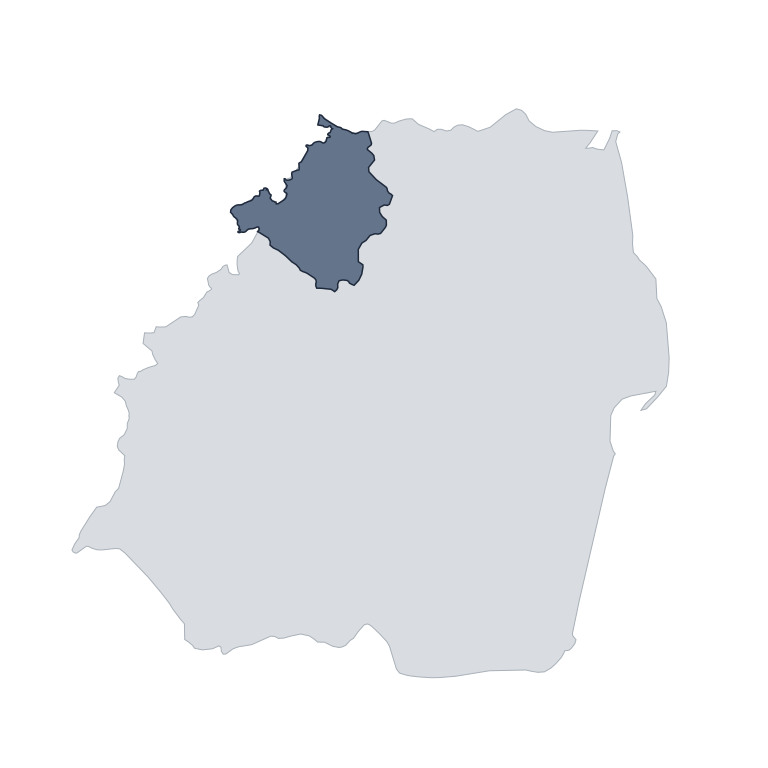 location of Lower Silesian within Poland, rotated 100°
{"feature_id": "POL-3141", "entity_name": "Lower Silesian", "entity_type": "Voivodeship", "adm_level": 1, "iso_a3": "POL", "parent_name": "Poland", "parent_adm1": "", "projection": "mercator", "projection_center": [16.102, 50.931], "detail": "fine", "context": "in_parent", "style": "filled", "palette": "slate", "viewbox_px": 768, "rotation_deg": 100, "n_neighbors": 0, "source": "natural_earth", "source_scale": "10m", "svg_char_len": 7314}
<svg xmlns="http://www.w3.org/2000/svg" viewBox="0 0 768 768"><g transform="rotate(100 384 384)"><path d="M648.5,432.2L651.7,438.7L652.9,443.8L651.6,447.8L652.0,451.8L663.7,469.1L668.1,481.7L670.9,486.6L677.4,492.9L678.0,495.5L675.4,497.8L671.6,498.8L670.5,501.0L674.5,506.9L677.4,516.7L677.1,524.7L674.9,526.8L672.1,531.5L670.2,535.9L654.8,538.9L651.1,543.5L642.7,552.5L636.9,557.7L628.4,567.0L615.0,582.9L595.5,609.6L592.2,615.7L592.8,620.7L596.3,632.5L597.1,637.8L596.5,642.7L595.3,647.0L595.5,649.0L603.8,657.1L604.1,658.8L603.4,660.9L601.6,662.5L595.2,660.8L588.1,657.5L585.7,657.9L581.8,657.1L565.8,650.6L555.1,645.5L554.0,642.2L552.0,637.4L547.4,633.4L536.9,630.0L532.7,627.2L515.6,625.7L508.2,625.6L503.0,626.8L499.7,626.7L495.0,633.8L491.9,635.8L487.2,636.0L483.2,634.8L479.0,631.0L472.3,629.1L467.5,630.0L464.0,629.2L460.9,629.0L459.9,629.8L457.4,629.7L453.9,631.4L450.0,634.0L445.7,635.9L442.4,640.0L439.4,648.1L431.1,644.5L428.3,646.0L424.4,647.1L421.7,646.0L422.3,643.2L423.5,640.1L423.5,635.7L422.7,630.8L420.1,629.3L416.2,628.7L414.2,627.7L414.0,626.1L412.0,624.0L408.6,618.8L405.4,612.3L403.1,610.4L399.9,613.5L394.9,617.0L391.8,618.2L385.9,628.3L375.2,628.7L374.6,623.9L373.4,619.4L367.2,618.3L367.0,615.6L365.7,608.9L353.2,595.8L351.7,590.3L352.2,588.2L351.3,584.7L348.6,582.6L338.7,580.1L336.1,581.5L333.9,580.0L330.3,576.9L324.0,574.3L323.3,573.0L321.1,570.7L319.8,570.4L319.0,571.8L317.2,573.7L310.8,576.2L308.2,575.2L305.9,573.0L303.2,568.4L299.4,564.4L296.2,563.0L294.4,560.8L294.0,559.2L301.0,555.9L302.6,552.4L301.7,546.2L300.6,545.4L297.8,547.5L291.9,549.4L286.5,550.2L283.7,550.2L268.2,538.8L258.1,535.3L252.1,534.3L251.5,535.5L254.2,541.9L258.8,549.8L258.6,551.9L249.9,556.5L246.2,559.2L243.0,563.0L240.3,564.7L237.9,564.3L235.4,562.4L229.0,550.8L220.9,541.9L220.0,539.9L217.4,539.4L213.9,537.4L212.7,534.6L214.5,531.7L216.9,529.1L221.3,527.5L222.6,526.0L223.4,523.7L225.0,520.7L224.6,519.7L221.5,516.3L216.9,513.1L204.2,515.5L200.7,517.2L198.7,515.0L197.2,511.7L194.0,511.1L189.6,508.2L184.4,505.3L179.3,504.4L168.7,500.2L164.6,500.0L162.2,498.6L159.8,495.4L157.7,491.9L156.6,484.9L148.8,481.6L141.0,479.6L140.4,480.7L140.7,487.8L140.3,491.6L135.2,493.9L130.1,494.2L130.4,493.0L136.5,480.2L139.2,472.1L142.3,457.2L138.6,445.5L137.5,440.0L135.8,437.4L125.1,431.6L124.3,429.6L125.9,421.8L125.1,418.6L122.6,415.1L119.2,408.2L117.9,402.3L122.2,395.4L125.1,383.3L126.8,378.5L123.9,375.7L123.2,371.9L124.0,366.4L122.5,362.3L118.7,359.6L116.2,356.1L115.1,351.7L116.0,344.8L118.9,335.4L112.7,324.0L97.4,310.7L90.0,301.4L90.6,296.0L93.8,291.2L99.7,286.8L104.1,279.1L106.6,269.9L106.8,261.6L100.0,234.6L98.9,227.8L97.7,217.4L111.1,223.1L116.8,226.4L116.1,222.8L114.9,219.6L115.7,215.0L115.3,208.1L103.1,204.5L95.0,203.3L94.1,198.5L94.9,195.4L97.1,197.2L105.0,197.9L124.6,188.5L158.3,176.3L194.4,164.8L202.8,163.6L211.3,161.2L214.4,156.8L217.5,154.0L222.4,146.3L233.3,134.5L252.5,130.1L259.6,124.5L274.7,116.6L308.9,107.7L323.2,105.7L337.2,105.5L349.7,112.5L362.9,121.2L365.3,126.4L358.1,123.1L347.7,115.4L343.9,115.0L352.8,138.6L357.6,146.9L367.5,153.2L375.7,155.2L401.1,151.5L410.1,146.6L412.7,144.1L415.1,145.3L448.3,148.0L563.8,154.1L597.0,155.1L599.1,154.4L602.5,150.5L606.6,151.0L611.5,153.5L613.8,155.3L614.7,157.4L615.3,159.8L618.0,160.2L622.9,162.1L629.5,166.2L634.7,170.2L639.6,176.0L641.2,182.4L641.3,189.8L641.0,194.5L648.1,230.4L659.4,262.8L663.5,278.5L665.1,286.8L666.4,298.8L666.9,307.2L666.8,311.9L666.0,318.4L662.6,322.2L641.1,333.2L637.1,336.6L630.7,345.1L624.9,353.8L623.5,356.8L623.2,358.8L624.5,361.6L632.1,366.3L639.9,370.0L642.4,372.8L648.1,376.4L650.2,379.6L651.3,382.4L651.2,388.9L648.6,397.8L649.7,404.5L647.1,409.0L645.0,413.9L644.7,422.6L648.5,432.2Z" fill="#d9dde1" stroke="#a8b0b8" stroke-width="1"/><path d="M147.7,482.8L146.9,482.3L146.2,481.7L145.7,480.7L142.7,480.1L141.6,479.0L141.4,479.8L141.1,480.2L140.3,480.9L139.9,480.9L139.6,481.1L139.3,481.3L139.0,481.7L139.3,482.7L140.2,483.5L141.1,484.8L141.2,487.5L141.0,488.0L140.4,488.6L140.3,489.0L140.2,489.5L140.3,489.8L140.3,490.1L140.4,493.3L140.3,494.2L133.5,493.7L131.4,494.3L130.2,494.2L130.2,492.5L131.0,491.1L133.1,488.8L136.1,481.7L138.7,475.0L138.9,473.9L138.9,472.1L139.0,471.2L139.3,470.5L139.8,470.1L140.2,469.5L140.3,468.3L140.3,465.9L140.8,463.2L141.6,460.7L142.6,458.7L142.4,458.5L142.2,458.2L142.5,455.5L141.6,453.6L140.3,452.0L139.2,450.1L139.0,449.5L138.8,447.8L138.8,447.7L138.4,443.7L139.5,443.0L149.0,438.1L150.7,438.1L154.1,441.1L155.9,441.2L158.8,436.1L160.8,433.7L165.1,432.2L173.4,436.8L177.6,435.7L184.1,427.1L189.9,415.8L191.2,414.8L193.2,414.1L195.0,412.3L195.9,409.9L197.0,408.3L206.0,409.9L207.5,411.6L207.7,414.9L211.0,419.1L215.7,418.1L219.3,414.9L222.2,410.2L227.3,409.2L229.7,409.9L236.3,413.5L237.4,415.9L237.6,419.0L240.1,423.5L245.8,426.7L249.1,430.3L255.9,432.7L268.0,430.5L270.3,425.5L272.7,425.0L279.7,425.0L286.2,426.8L292.0,430.6L291.4,433.3L290.6,435.6L289.2,436.6L288.4,438.6L288.7,442.7L290.1,446.2L293.6,447.0L297.2,446.2L299.4,446.9L301.6,448.6L299.9,452.5L300.6,462.2L301.3,466.9L299.4,468.1L297.3,468.6L295.3,468.4L293.4,469.1L291.9,470.7L288.4,478.7L287.8,480.9L287.4,483.4L286.5,486.2L284.6,487.5L281.8,491.1L279.7,496.0L274.8,503.3L270.6,511.4L269.2,516.6L267.1,520.3L263.5,520.8L260.4,523.2L256.2,533.8L255.9,534.9L254.3,533.9L252.9,533.8L251.3,534.7L251.3,536.0L253.2,538.8L253.9,540.5L254.3,542.5L254.9,544.3L256.0,545.4L257.4,546.3L258.5,547.4L259.1,549.1L259.2,551.3L260.0,552.3L260.1,553.6L259.7,554.3L259.0,554.1L258.4,553.1L258.1,552.6L257.7,552.3L256.9,552.3L256.7,552.6L256.7,553.7L256.6,554.0L256.0,554.1L255.0,553.7L254.4,553.7L253.7,554.2L252.8,555.5L252.2,556.0L251.5,556.2L250.8,556.4L249.6,556.3L248.5,556.5L247.1,557.6L246.1,559.2L245.5,560.5L244.7,561.5L243.4,562.4L241.6,564.9L239.2,565.1L236.7,563.8L234.7,561.9L233.7,560.6L233.1,559.4L232.5,556.3L231.8,554.6L230.0,552.7L229.3,551.3L228.4,550.2L226.9,547.4L226.1,546.2L224.8,545.3L222.1,544.3L221.1,543.0L220.9,542.1L221.0,541.3L221.0,540.4L220.5,539.6L220.0,539.4L217.3,539.4L216.6,539.6L216.2,540.0L215.7,540.1L215.0,539.5L214.7,539.0L214.0,536.6L212.0,536.2L211.5,534.6L211.9,533.1L213.1,533.4L213.0,533.1L212.7,532.1L213.1,532.0L213.6,531.7L214.0,531.6L214.9,530.8L215.9,530.2L216.8,529.4L217.2,528.2L218.2,527.9L220.0,528.4L221.1,528.2L221.6,527.4L222.8,526.2L223.3,525.5L223.2,525.6L223.2,525.0L223.2,524.3L223.3,523.9L223.6,523.3L223.8,523.1L223.8,522.8L223.5,522.1L225.4,521.3L224.8,519.5L219.8,514.2L218.0,513.2L216.1,512.7L214.0,512.6L213.2,512.8L212.8,513.7L212.3,514.9L211.6,515.8L210.6,516.0L209.7,515.6L207.9,514.2L205.4,513.9L201.7,517.5L199.2,517.9L199.1,517.7L199.1,517.4L199.1,517.1L199.2,516.8L200.1,516.1L200.2,515.0L199.9,513.7L199.4,512.4L198.6,511.0L197.8,510.2L196.8,510.1L193.3,511.4L191.7,511.4L191.3,511.3L188.3,506.2L188.2,505.6L188.0,505.0L186.6,504.9L181.7,506.1L181.1,505.9L180.6,505.4L179.8,504.2L179.2,503.8L172.1,501.3L167.4,499.6L164.9,499.9L164.4,500.5L163.8,501.5L163.2,502.2L162.3,502.0L161.9,501.2L162.0,500.3L162.2,499.4L162.1,498.5L161.4,496.7L160.5,496.0L159.5,495.5L158.3,494.5L157.7,493.5L157.0,492.0L156.4,490.3L156.3,489.0L156.7,487.3L157.2,486.3L157.2,485.4L156.3,483.9L154.7,483.1L151.4,483.0L150.8,481.7L150.5,480.2L149.9,479.9L149.1,480.4L148.6,481.7L148.4,482.6L147.7,482.8Z" fill="#64748b" stroke="#1e293b" stroke-width="1.5"/></g></svg>